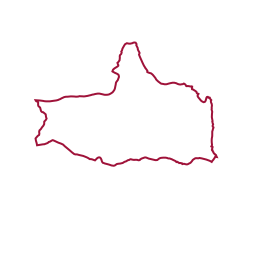 outline of La, Oudômxai, Laos, rotated 145°
{"feature_id": "54806243B9832797211716", "entity_name": "La", "entity_type": "district", "adm_level": 2, "iso_a3": "LAO", "parent_name": "Laos", "parent_adm1": "Oudômxai", "projection": "albers", "projection_center": [102.094, 20.932], "detail": "fine", "context": "isolated", "style": "outline", "palette": "rose", "viewbox_px": 256, "rotation_deg": 145, "n_neighbors": 0, "source": "geoboundaries", "source_scale": "gbopen_adm2", "svg_char_len": 5647}
<svg xmlns="http://www.w3.org/2000/svg" viewBox="0 0 256 256"><g transform="rotate(145 128 128)"><path d="M71.9,53.3L71.7,54.3L71.7,55.0L71.5,55.3L71.8,55.7L71.7,56.1L71.9,56.5L71.8,56.9L72.0,57.4L72.2,57.8L72.1,58.7L71.9,59.0L72.0,59.7L71.9,60.6L71.7,60.8L71.6,61.0L71.9,61.7L71.8,62.0L71.2,62.3L70.9,62.9L70.6,63.1L70.4,63.3L70.1,63.4L69.8,63.7L69.6,64.0L69.9,64.4L70.0,64.6L70.3,65.1L70.0,65.3L69.5,65.3L69.2,65.7L68.9,65.9L67.7,68.1L66.8,69.5L65.6,71.1L63.7,73.0L62.4,74.8L61.7,75.8L61.0,76.8L59.8,77.7L59.1,78.4L58.0,79.1L57.6,79.5L57.7,80.0L57.8,80.5L57.6,81.0L57.1,81.6L56.3,82.0L56.1,82.3L56.0,82.7L55.9,83.4L55.7,83.8L55.2,85.0L54.8,85.1L54.2,86.4L53.1,88.8L51.1,91.4L49.7,93.0L48.8,95.4L48.3,95.8L47.7,96.8L46.4,98.2L45.6,99.7L45.5,100.3L45.4,101.0L44.9,102.2L44.5,102.8L43.8,103.1L44.0,105.3L43.6,105.8L43.6,106.0L43.8,106.2L44.1,106.1L44.8,106.7L44.8,106.8L44.6,107.3L44.7,107.7L45.0,107.9L45.4,108.0L45.6,108.1L46.4,107.8L47.7,106.7L48.0,106.5L48.5,106.0L48.9,105.8L49.7,105.4L50.1,105.4L50.9,105.6L51.3,105.8L52.0,107.1L52.4,108.1L52.6,109.7L52.7,111.5L52.8,112.1L52.8,112.9L52.8,113.8L52.6,114.3L52.5,114.5L52.0,115.0L51.8,115.0L51.0,115.3L50.7,115.5L51.0,116.0L51.3,116.4L51.5,116.8L51.6,117.2L51.5,117.5L51.3,118.1L51.2,118.4L51.3,118.8L51.5,119.4L51.6,119.8L51.8,120.2L52.2,121.1L52.4,121.7L52.4,121.8L52.6,122.2L53.2,122.8L53.3,123.1L53.2,123.3L53.1,123.5L52.6,124.2L52.4,124.5L52.1,124.8L51.9,124.8L51.7,125.1L51.8,125.2L51.9,125.4L52.0,125.6L52.3,125.8L52.7,126.0L53.1,126.2L53.4,126.6L53.7,126.9L54.6,127.8L55.0,128.1L55.4,128.4L55.6,128.5L55.8,128.5L56.0,128.7L56.2,128.9L56.2,129.1L56.2,129.4L56.1,129.8L56.1,130.4L56.1,130.7L56.2,131.1L56.3,131.3L56.6,132.0L56.7,132.3L56.8,132.4L57.1,132.4L57.5,132.4L57.9,132.5L58.2,132.6L58.5,132.8L59.1,133.1L59.3,133.2L59.9,133.4L61.0,134.3L61.9,135.4L62.8,137.0L64.1,138.5L65.5,139.5L67.3,140.3L69.4,141.1L70.9,141.6L71.8,142.0L72.9,142.8L74.0,144.0L75.1,145.0L75.6,145.7L76.0,147.1L76.3,147.9L76.6,148.9L76.9,150.4L77.1,151.5L76.9,153.0L77.0,155.2L77.2,157.5L77.7,159.4L79.2,161.3L79.8,162.2L80.1,162.9L79.3,163.8L79.3,164.6L79.3,165.7L79.4,167.4L79.3,167.5L79.2,169.9L78.7,173.0L77.5,179.2L76.9,181.8L75.5,182.8L75.3,183.7L75.1,185.7L74.8,186.9L74.2,187.9L74.0,189.2L73.7,191.1L72.9,191.8L72.8,193.5L73.6,194.3L74.8,194.9L75.6,194.9L76.3,195.2L78.0,195.9L79.1,196.8L80.3,198.1L81.3,198.2L82.4,198.3L84.1,197.6L87.0,196.2L88.3,195.1L89.7,194.4L89.8,193.6L91.0,192.6L92.9,192.2L93.6,191.5L94.5,190.1L96.1,188.3L98.0,187.6L99.3,187.4L99.8,185.7L99.8,185.2L100.2,184.6L101.2,184.4L104.9,184.6L106.6,184.4L107.2,184.1L108.3,183.3L108.0,182.5L107.4,181.4L107.2,180.9L106.7,180.1L106.0,178.9L105.6,178.1L105.3,177.2L105.4,176.6L105.8,175.5L106.4,174.8L107.2,174.3L108.9,173.1L110.2,172.7L111.6,172.2L112.4,171.5L112.7,171.1L113.3,170.5L114.7,169.2L114.9,169.0L115.4,168.5L116.3,167.7L117.4,167.0L118.8,166.5L120.1,166.1L121.7,166.1L123.0,166.2L124.3,166.4L125.5,166.9L127.0,167.8L128.3,168.8L128.9,169.5L129.7,170.4L130.9,171.7L131.4,172.3L132.0,172.8L133.2,173.6L134.2,174.1L135.5,174.7L136.9,175.2L138.1,175.8L139.7,176.3L141.4,177.0L142.5,177.4L145.2,178.7L146.2,179.3L147.3,180.2L148.4,181.0L149.3,181.8L150.1,182.1L150.9,182.4L152.7,183.5L153.2,184.0L154.7,185.2L155.9,186.1L156.7,186.7L158.5,187.7L159.9,188.5L160.7,189.1L162.0,189.7L162.9,190.0L164.2,190.2L165.2,190.4L165.9,190.5L166.5,190.5L167.1,190.6L168.2,190.9L169.0,191.0L169.8,191.3L170.4,191.5L171.3,191.9L174.0,193.3L175.8,194.2L176.4,194.5L177.5,195.2L178.8,196.1L180.0,197.0L181.3,198.1L181.7,198.6L184.2,200.9L187.8,203.8L187.9,203.1L187.7,202.4L187.1,201.5L186.9,200.9L187.0,200.4L188.1,198.9L188.7,197.8L188.8,197.0L188.6,196.4L188.4,195.8L188.3,195.1L189.4,192.1L189.5,191.4L189.4,190.8L189.1,190.1L188.4,189.5L187.6,186.4L188.8,184.1L189.3,182.4L190.8,181.7L192.9,181.3L194.5,179.2L196.1,178.4L198.0,177.9L200.0,177.1L201.9,176.8L203.0,175.8L203.8,174.3L204.8,173.3L206.5,173.3L209.7,172.5L210.7,170.4L211.5,168.0L212.4,166.0L207.0,163.4L205.9,162.7L202.5,161.8L202.4,161.8L200.9,162.0L200.4,161.8L199.7,161.6L197.3,161.4L196.6,161.2L195.8,160.0L193.9,156.7L193.3,155.7L191.8,153.6L190.7,151.7L190.2,149.1L189.8,147.7L189.2,145.5L188.5,142.9L187.8,140.0L187.0,137.5L186.2,136.5L184.8,135.5L183.5,133.9L180.7,130.8L178.6,127.6L177.6,125.7L177.4,124.9L177.3,124.6L176.9,124.3L175.6,123.2L173.6,120.4L170.1,121.0L168.8,120.7L168.1,120.2L167.8,119.6L167.7,118.7L167.9,117.4L168.3,116.3L168.6,115.1L168.6,114.5L168.5,113.8L168.1,113.4L167.4,112.3L165.5,110.1L164.2,108.5L163.0,106.8L161.4,105.3L160.4,104.9L157.9,104.9L157.1,104.6L156.5,104.3L154.5,103.2L153.4,102.8L152.5,102.4L150.3,102.3L148.7,101.8L146.7,101.7L145.1,101.1L144.1,101.1L143.5,100.7L142.9,99.9L141.7,98.7L141.2,98.3L140.5,97.9L140.4,97.9L139.2,97.0L138.6,96.5L138.3,96.0L137.8,95.5L137.5,95.3L136.7,95.0L135.9,95.3L135.5,95.2L134.6,95.2L131.3,94.3L130.6,93.9L130.1,93.4L129.3,92.2L128.6,91.1L126.1,88.3L124.3,86.3L123.8,85.8L122.4,85.0L119.9,85.1L119.3,85.0L118.1,84.6L116.0,83.4L114.2,82.1L113.2,81.1L112.5,80.0L111.4,79.2L110.0,77.2L109.5,76.2L108.0,73.6L107.9,72.4L107.4,72.3L107.2,72.2L107.2,71.9L107.0,71.6L106.7,71.4L106.6,71.1L106.4,70.7L106.2,70.2L106.2,69.9L105.6,69.6L105.3,69.3L104.9,69.1L104.7,68.9L104.5,68.3L104.4,68.1L104.0,68.0L103.9,67.9L103.9,67.6L104.0,67.2L103.7,67.1L102.6,66.5L101.7,65.4L100.9,64.6L100.2,64.2L99.5,64.0L98.3,63.9L97.4,63.7L96.4,63.7L94.5,64.2L93.3,64.7L91.7,64.7L90.2,64.6L88.9,63.8L88.4,63.3L87.7,62.8L86.7,62.5L85.9,61.7L85.1,60.9L82.0,57.3L79.9,54.3L79.2,52.9L78.9,52.2L77.8,52.7L76.4,53.0L73.8,54.0L73.3,54.3L72.8,54.1L72.6,54.0L72.3,53.7L71.9,53.3Z" fill="none" stroke="#9f1239" stroke-width="2"/></g></svg>